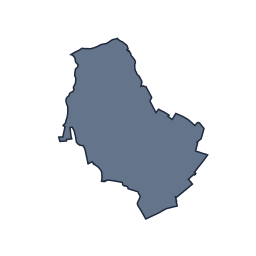 Valea Lui Mihai, Bihor, Romania (Robinson projection), rotated 330°
{"feature_id": "2599482B32986385447042", "entity_name": "Valea Lui Mihai", "entity_type": "district", "adm_level": 2, "iso_a3": "ROU", "parent_name": "Romania", "parent_adm1": "Bihor", "projection": "robinson", "projection_center": [22.134, 47.533], "detail": "fine", "context": "isolated", "style": "filled", "palette": "slate", "viewbox_px": 256, "rotation_deg": 330, "n_neighbors": 0, "source": "geoboundaries", "source_scale": "gbopen_adm2", "svg_char_len": 4291}
<svg xmlns="http://www.w3.org/2000/svg" viewBox="0 0 256 256"><g transform="rotate(330 128 128)"><path d="M191.6,158.3L191.1,158.3L190.7,158.2L190.0,158.3L188.9,158.6L187.2,159.3L186.8,158.2L184.4,151.0L183.2,148.8L181.5,145.9L180.9,145.0L176.7,139.3L170.5,142.7L168.4,137.8L170.0,137.4L167.6,132.8L166.0,130.5L163.9,127.0L163.6,127.1L163.2,127.3L162.9,127.4L162.7,127.5L161.6,127.9L161.2,128.1L159.9,128.7L159.9,126.5L160.1,124.6L160.1,123.3L160.1,123.2L160.2,121.1L160.2,120.8L160.3,119.6L160.4,117.2L160.4,115.7L160.6,115.6L163.8,113.4L164.2,101.3L163.1,100.2L162.8,99.9L162.3,99.1L161.8,99.0L161.6,98.9L160.0,98.4L160.7,97.8L161.4,97.1L161.8,96.3L162.0,95.8L162.3,95.8L162.6,95.7L163.3,94.5L163.5,91.0L163.6,88.9L162.8,86.5L162.7,85.9L163.1,83.8L162.9,82.6L163.7,79.8L165.5,76.5L167.2,74.9L167.6,74.0L167.8,72.1L167.5,70.3L167.5,69.4L167.1,67.8L167.0,67.4L166.9,66.3L166.9,66.1L167.5,65.4L167.5,62.2L166.9,62.2L166.6,61.7L166.7,61.2L167.0,61.2L166.4,60.6L166.0,60.0L166.1,59.7L167.7,59.5L168.2,56.8L168.3,55.6L167.0,52.5L166.8,52.0L166.3,50.7L165.9,50.2L164.7,48.5L163.8,46.3L163.7,45.5L163.6,45.0L163.2,45.0L162.6,45.0L161.7,44.8L160.1,44.1L159.1,43.9L158.2,43.7L155.6,43.9L153.9,44.0L151.2,44.0L148.6,43.0L146.6,42.3L143.1,42.1L141.5,42.0L140.7,41.9L138.4,41.5L135.1,40.6L133.9,39.8L132.6,39.0L130.1,37.5L127.9,35.9L124.5,36.2L123.4,36.1L120.1,35.8L117.5,35.8L115.2,35.9L115.8,36.5L116.4,37.2L117.0,40.0L117.0,40.8L116.5,42.3L116.1,43.2L115.6,44.8L116.1,47.1L116.3,48.4L115.0,49.9L114.1,50.3L112.7,50.5L111.8,50.9L111.3,51.5L110.3,52.8L109.9,53.4L109.7,53.5L108.1,55.7L107.9,56.8L107.9,57.2L107.9,57.5L107.8,58.5L106.4,60.8L104.9,62.9L104.1,63.3L103.4,64.1L102.2,64.6L101.6,64.9L100.7,66.1L100.7,67.3L99.6,68.3L98.2,68.9L96.3,68.6L95.1,68.8L94.2,69.3L93.8,69.7L92.9,70.5L90.8,70.9L89.2,71.7L87.9,73.3L87.6,74.2L86.9,76.3L86.6,78.2L86.6,79.1L86.2,80.0L85.2,81.5L84.4,83.3L83.3,84.9L82.4,86.1L81.8,86.8L80.4,88.5L78.1,90.4L76.3,92.4L74.9,92.8L74.0,93.1L73.0,93.4L73.0,93.5L73.5,94.4L73.7,94.6L74.1,95.2L73.2,96.3L72.4,97.3L69.0,101.0L67.1,103.2L66.7,103.0L65.4,102.2L64.5,101.7L63.6,101.3L63.4,101.2L63.2,101.6L63.1,103.3L63.0,103.5L62.7,103.8L62.5,104.3L62.6,104.6L62.5,104.9L62.4,105.7L66.7,107.7L68.2,108.5L69.1,107.2L73.8,109.3L74.1,108.9L74.1,108.7L74.0,108.3L74.0,107.9L74.4,107.0L77.9,98.8L78.1,98.6L79.3,99.1L80.1,99.6L80.0,101.7L80.0,103.4L79.1,106.4L78.1,109.8L78.0,110.0L76.4,114.0L76.2,114.7L76.5,115.6L76.6,116.2L76.7,116.7L76.9,117.4L77.2,118.0L77.6,118.6L78.2,119.1L79.0,119.9L79.5,120.2L79.8,120.7L80.1,121.1L80.3,121.1L80.4,121.8L80.2,122.7L80.2,123.2L80.2,123.7L79.9,125.5L79.3,127.4L78.8,128.8L77.6,132.7L76.3,136.6L75.5,138.8L75.5,139.1L79.9,139.3L79.9,139.5L80.4,140.3L80.2,140.7L80.2,140.8L80.3,141.2L80.2,141.6L80.1,142.0L80.3,142.1L80.6,142.2L80.6,142.3L80.4,142.3L80.4,142.6L81.0,142.9L81.1,143.3L81.5,144.4L82.8,147.3L83.3,150.1L83.3,151.4L83.2,152.6L82.4,154.7L81.0,157.3L80.3,158.6L78.8,160.4L78.7,160.5L78.5,160.8L78.4,160.9L78.9,161.3L79.5,161.6L80.2,161.9L81.1,162.1L80.4,162.5L80.5,162.6L81.0,162.6L81.6,162.6L82.1,162.7L82.7,162.8L83.2,162.8L83.7,162.8L84.0,162.7L86.1,164.2L88.6,166.1L90.0,167.3L94.9,171.4L95.6,172.0L95.8,172.7L95.2,174.3L95.1,175.1L95.5,175.9L96.6,176.8L97.5,177.6L97.9,178.3L98.1,178.8L98.2,179.4L97.8,180.4L97.7,180.6L98.8,181.8L104.0,187.4L104.7,188.1L104.8,188.5L104.5,189.2L104.5,189.8L104.4,193.5L101.7,195.5L99.5,197.0L98.7,197.6L98.5,197.8L98.0,199.0L97.9,199.5L97.8,200.8L97.9,202.7L98.0,206.7L97.9,215.7L106.2,216.4L109.9,216.7L112.3,216.9L114.4,216.9L116.4,216.9L118.1,217.0L120.1,216.9L121.7,217.3L122.3,217.4L124.2,218.0L125.6,218.4L126.3,218.6L126.6,218.6L128.8,219.3L131.6,220.2L133.0,215.7L133.4,215.8L134.7,211.4L135.4,212.3L155.8,208.8L154.8,202.7L154.7,202.6L160.1,201.3L160.2,201.5L161.9,201.1L162.3,202.0L164.0,201.4L163.9,201.0L163.8,200.3L163.6,200.2L163.3,199.6L163.5,199.5L163.7,199.4L163.9,199.4L164.5,199.1L166.4,198.3L168.9,197.2L170.2,196.7L171.7,196.2L172.1,196.0L177.3,193.9L180.4,192.5L183.5,191.1L182.6,190.0L180.4,187.7L179.6,186.9L178.9,186.1L177.9,184.9L177.5,184.4L176.7,183.6L175.6,182.5L175.3,182.1L175.1,181.6L180.8,175.8L180.5,174.8L185.9,173.9L189.4,170.5L193.6,166.4L193.0,163.0L192.5,159.5L192.1,158.8L191.9,158.6L191.6,158.3Z" fill="#64748b" stroke="#1e293b" stroke-width="1.5"/></g></svg>